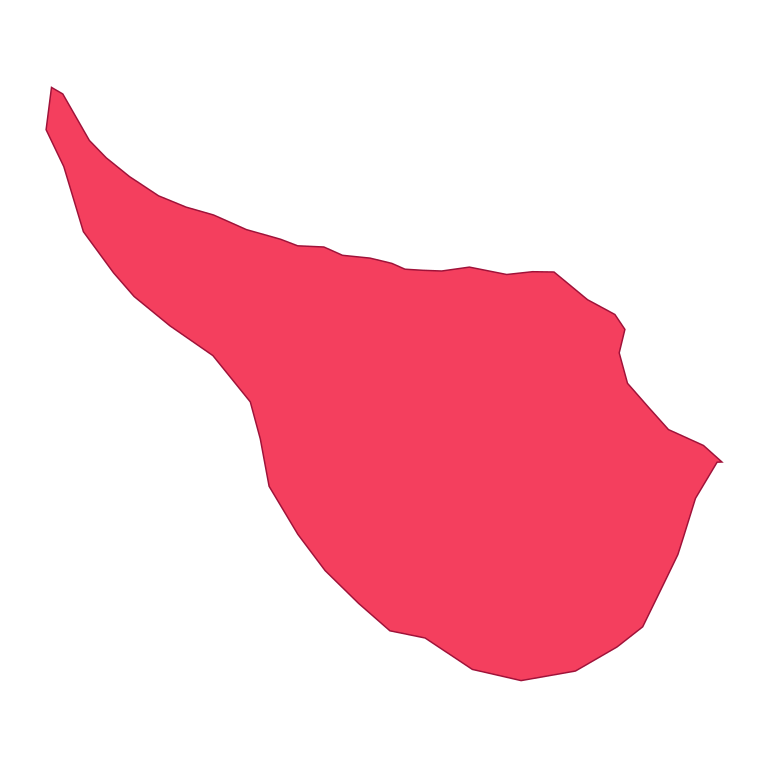 the district of Sumqayit City, Sumqayıt, Azerbaijan
{"feature_id": "54616110B75219613739908", "entity_name": "Sumqayit City", "entity_type": "district", "adm_level": 2, "iso_a3": "AZE", "parent_name": "Azerbaijan", "parent_adm1": "Sumqayıt", "projection": "mercator", "projection_center": [49.626, 40.591], "detail": "fine", "context": "isolated", "style": "filled", "palette": "rose", "viewbox_px": 768, "rotation_deg": 0, "n_neighbors": 0, "source": "geoboundaries", "source_scale": "gbopen_adm2", "svg_char_len": 808}
<svg xmlns="http://www.w3.org/2000/svg" viewBox="0 0 768 768"><path d="M721.9,462.0L703.5,445.5L668.5,429.6L648.7,407.5L627.5,383.3L619.2,352.9L624.9,329.4L614.9,314.5L587.5,299.7L554.0,272.0L532.5,271.7L506.7,274.5L469.4,267.1L441.7,271.0L422.8,270.3L405.0,269.2L391.9,263.4L370.0,258.1L342.5,255.3L323.9,247.0L297.6,245.8L280.7,239.3L246.4,229.6L213.6,215.0L186.0,207.1L158.5,195.8L129.5,176.6L106.2,157.8L89.4,140.5L62.8,94.0L51.5,87.4L46.1,129.7L63.8,166.6L83.4,231.7L113.6,272.9L134.1,296.5L169.9,325.8L212.9,355.6L250.3,401.9L260.3,438.9L269.1,486.3L297.9,534.4L325.1,570.6L358.7,603.5L389.9,630.8L425.1,638.0L472.3,669.4L521.1,680.6L575.5,671.0L617.1,646.9L642.7,626.8L664.3,582.6L677.9,554.5L683.5,536.9L695.5,498.3L717.1,462.2L721.9,462.0Z" fill="#f43f5e" stroke="#9f1239" stroke-width="1.5"/></svg>